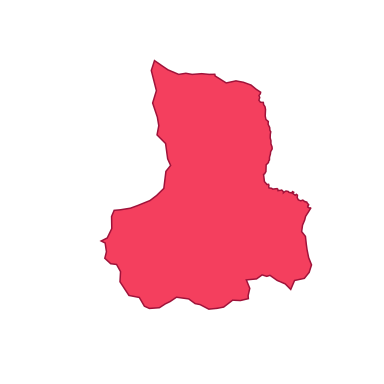 Salamiou, Paphos, Cyprus, rotated 61°
{"feature_id": "46923920B63120979546184", "entity_name": "Salamiou", "entity_type": "district", "adm_level": 2, "iso_a3": "CYP", "parent_name": "Cyprus", "parent_adm1": "Paphos", "projection": "albers", "projection_center": [32.682, 34.831], "detail": "fine", "context": "isolated", "style": "filled", "palette": "rose", "viewbox_px": 384, "rotation_deg": 61, "n_neighbors": 0, "source": "geoboundaries", "source_scale": "gbopen_adm2", "svg_char_len": 2111}
<svg xmlns="http://www.w3.org/2000/svg" viewBox="0 0 384 384"><g transform="rotate(61 192 192)"><path d="M138.0,83.6L133.2,86.1L127.1,88.5L121.0,93.8L116.1,99.7L113.2,109.2L101.8,115.5L100.1,115.0L97.5,119.9L93.2,126.2L89.2,134.9L85.2,139.8L82.7,146.6L73.5,153.8L66.8,157.2L58.9,161.1L66.0,168.7L86.1,174.0L95.1,183.3L109.7,186.0L117.9,188.9L125.1,194.9L136.8,191.6L151.2,197.2L158.4,197.8L161.3,204.8L175.2,214.9L177.9,224.6L179.1,232.9L177.5,246.1L176.3,253.7L172.8,263.4L170.3,269.0L171.2,270.1L174.4,274.2L185.1,279.9L191.1,288.4L190.8,295.2L194.5,292.7L202.8,295.8L207.7,300.4L215.3,297.9L218.8,293.1L227.0,293.1L235.6,298.5L251.9,297.3L258.7,289.2L268.8,289.0L273.2,285.7L277.4,276.6L276.9,269.6L277.2,264.2L276.5,256.6L283.9,246.7L291.1,243.4L294.4,239.5L302.6,234.1L305.9,226.5L308.0,220.1L306.3,208.9L310.4,202.3L312.6,194.4L309.9,193.2L304.3,188.2L295.2,187.1L299.3,177.7L298.5,170.9L302.0,167.5L302.7,164.2L310.6,160.4L317.6,155.0L325.1,152.9L319.1,145.2L322.0,135.6L319.1,128.5L313.7,122.8L306.0,121.8L298.1,119.3L292.7,117.2L285.8,114.3L279.8,115.3L274.6,111.4L271.1,107.0L268.4,104.5L265.3,98.8L263.7,96.0L263.4,96.0L262.8,97.2L261.2,98.1L260.2,97.3L260.4,96.9L259.7,96.1L257.5,96.6L256.5,96.5L255.2,97.7L255.3,97.9L252.8,99.0L252.4,101.2L250.4,102.8L247.9,102.7L245.9,101.3L244.6,101.9L244.9,103.3L242.0,104.6L241.5,103.2L240.4,103.9L241.1,105.3L239.2,107.5L238.3,107.5L237.0,108.9L236.6,109.8L236.8,111.4L237.0,112.4L236.4,112.0L235.7,112.0L233.8,112.6L233.8,112.9L232.5,116.1L231.2,115.6L230.3,115.9L228.6,120.0L227.5,120.5L226.9,121.1L226.3,122.1L225.7,122.7L224.5,122.3L223.5,121.5L222.4,121.3L221.7,122.9L220.7,123.0L218.0,123.6L211.3,120.9L211.3,119.7L209.9,117.4L204.2,114.0L203.3,110.9L202.2,110.0L201.5,108.7L200.6,108.2L199.1,107.3L196.8,105.0L194.9,103.7L193.2,101.0L191.3,100.1L188.1,99.6L185.4,98.1L182.6,97.4L179.6,95.6L177.5,93.9L175.9,94.0L173.3,92.8L169.7,92.6L167.3,91.1L164.4,92.2L161.0,91.1L157.6,89.0L155.5,87.7L152.8,86.8L150.3,87.0L148.2,86.2L146.7,88.6L144.1,89.0L142.3,87.0L140.0,86.6L139.2,84.6L138.0,83.6Z" fill="#f43f5e" stroke="#9f1239" stroke-width="1.5"/></g></svg>